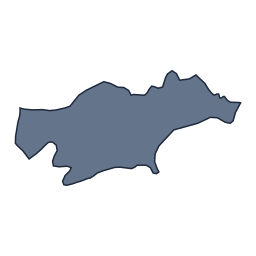 Passoré, Natural Earth projection
{"feature_id": "BFA-2817", "entity_name": "Passoré", "entity_type": "Province", "adm_level": 1, "iso_a3": "BFA", "parent_name": "Burkina Faso", "parent_adm1": "", "projection": "natural_earth1", "projection_center": [-2.128, 12.879], "detail": "fine", "context": "isolated", "style": "filled", "palette": "slate", "viewbox_px": 256, "rotation_deg": 0, "n_neighbors": 0, "source": "natural_earth", "source_scale": "10m", "svg_char_len": 1357}
<svg xmlns="http://www.w3.org/2000/svg" viewBox="0 0 256 256"><path d="M59.0,166.8L53.4,165.9L52.6,161.1L54.4,155.7L57.2,150.7L56.3,145.2L52.7,142.2L50.3,142.0L48.1,142.6L44.4,146.0L41.8,148.8L36.4,153.6L29.1,159.0L22.8,150.7L17.3,145.6L15.4,143.3L15.6,136.3L18.0,121.8L19.2,117.5L19.7,115.8L20.1,111.1L20.0,108.0L24.0,109.1L32.6,109.9L42.6,109.6L49.5,110.6L56.0,110.0L64.7,108.0L70.0,106.2L78.9,95.2L86.2,90.3L103.8,81.7L110.3,83.4L117.9,87.2L123.8,87.5L128.7,90.5L131.1,95.2L133.4,94.5L144.5,95.2L146.9,93.2L149.2,89.2L151.7,86.1L154.7,86.8L158.0,88.2L162.5,87.1L165.6,77.6L167.5,73.9L172.1,70.7L176.4,73.6L179.7,80.2L189.3,78.9L196.0,74.9L197.3,76.3L204.8,83.3L208.2,88.9L211.8,93.4L214.3,95.2L217.0,94.0L218.6,94.0L219.2,95.8L219.7,97.8L220.8,98.1L222.1,97.5L223.1,96.5L224.4,96.5L227.5,100.5L230.5,102.2L239.0,102.5L240.6,102.8L235.4,112.6L233.1,120.9L231.3,122.4L230.1,123.3L225.1,122.2L217.4,117.8L210.4,117.3L197.9,123.2L173.8,129.9L159.0,145.8L155.2,153.6L154.6,161.7L157.2,168.8L158.9,171.9L156.6,173.7L153.1,173.0L150.3,167.6L146.2,165.2L137.2,165.2L134.9,167.1L131.6,168.6L120.3,167.2L114.8,167.4L103.0,170.8L97.1,173.1L93.8,175.8L92.4,176.6L90.0,178.2L89.0,178.0L80.2,181.4L77.1,182.2L72.3,183.9L66.4,185.3L63.8,184.7L62.6,181.2L65.2,175.4L69.8,170.9L71.2,167.6L67.1,166.2L59.0,166.8Z" fill="#64748b" stroke="#1e293b" stroke-width="1.5"/></svg>